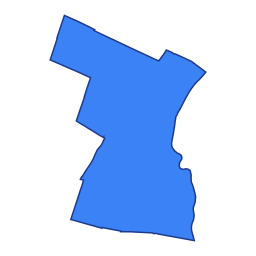 Gropeni, Braila, Romania
{"feature_id": "2599482B39333936770759", "entity_name": "Gropeni", "entity_type": "district", "adm_level": 2, "iso_a3": "ROU", "parent_name": "Romania", "parent_adm1": "Braila", "projection": "equal_earth", "projection_center": [27.896, 45.061], "detail": "fine", "context": "isolated", "style": "filled", "palette": "blue", "viewbox_px": 256, "rotation_deg": 0, "n_neighbors": 0, "source": "geoboundaries", "source_scale": "gbopen_adm2", "svg_char_len": 5402}
<svg xmlns="http://www.w3.org/2000/svg" viewBox="0 0 256 256"><path d="M70.8,219.5L71.0,219.6L72.5,220.0L75.6,220.8L75.8,220.9L78.8,221.7L81.9,222.6L82.0,222.6L85.0,223.5L86.4,223.9L86.5,223.9L101.9,228.2L102.0,227.5L120.9,231.1L120.7,231.7L121.9,231.7L131.6,231.8L131.6,231.7L132.2,231.8L132.7,231.9L132.8,231.9L148.2,232.7L152.1,232.9L152.3,232.9L152.5,233.0L153.4,233.5L153.5,233.6L154.9,233.5L155.0,233.5L156.7,233.5L157.7,233.9L194.3,240.6L194.0,239.7L193.8,238.7L193.6,237.9L193.4,237.4L193.3,237.1L193.3,236.8L193.2,236.6L193.2,236.4L193.1,236.0L193.0,235.6L192.9,235.3L192.7,234.8L192.6,234.4L192.4,233.8L192.3,233.1L192.1,232.6L192.0,232.4L192.0,232.1L191.8,231.3L191.7,231.0L191.7,230.7L191.6,230.3L191.6,229.9L191.5,229.5L191.5,229.3L191.5,229.1L191.4,228.6L191.4,228.4L191.4,228.2L191.4,227.9L191.4,227.6L191.5,227.2L191.4,227.1L191.4,226.9L191.4,226.6L191.5,226.3L191.6,225.9L191.6,225.4L191.7,224.9L191.9,224.2L192.0,223.7L192.1,223.3L192.2,223.0L192.3,222.6L192.6,222.0L192.7,221.8L192.8,221.7L193.1,220.8L193.3,220.3L193.5,219.7L193.5,219.4L193.7,219.0L193.7,218.4L193.7,218.1L193.8,217.9L193.8,217.7L193.9,217.1L194.0,217.0L194.0,216.7L194.0,216.2L194.1,215.7L194.1,214.9L194.1,214.5L193.9,214.0L193.8,213.8L193.8,213.6L193.8,213.4L193.8,213.1L193.8,212.7L193.8,212.4L193.7,212.2L193.6,211.9L193.5,211.4L193.4,210.9L193.3,210.1L193.2,209.5L193.2,209.0L193.2,208.7L193.3,208.5L193.3,208.3L193.3,208.1L193.3,207.6L193.4,207.3L193.4,207.0L193.6,206.8L193.7,206.5L193.8,206.2L193.8,205.9L194.0,205.6L194.0,205.4L194.2,205.1L194.3,204.6L194.4,204.4L194.4,204.2L194.5,204.0L194.5,203.8L194.7,203.4L194.8,203.2L194.9,202.9L195.0,202.7L195.0,202.4L195.1,202.1L195.2,201.6L195.2,201.4L195.3,201.3L195.3,201.1L195.3,200.7L195.3,200.1L195.3,199.7L195.4,199.1L195.5,198.7L195.5,198.4L195.5,198.0L195.6,197.3L195.6,196.8L195.6,196.6L195.6,196.2L195.4,195.6L195.2,195.0L195.1,194.4L194.9,193.4L194.8,192.6L194.6,192.0L194.3,191.1L194.2,190.7L194.0,189.6L193.7,188.9L193.5,188.0L193.3,187.4L193.0,186.5L192.8,185.9L192.6,185.2L192.5,184.9L192.4,184.5L192.2,184.1L191.9,183.4L191.7,183.0L191.5,182.6L191.4,182.2L191.3,181.7L191.2,180.9L191.2,180.0L191.1,179.3L191.1,178.6L191.1,177.6L191.1,176.8L191.1,175.7L191.1,175.0L191.1,174.4L190.9,173.7L190.7,173.0L190.5,172.3L190.4,171.7L190.3,171.1L190.1,170.7L189.9,170.3L189.7,170.2L189.2,169.9L188.7,169.7L188.4,169.4L187.5,169.0L186.1,168.8L184.8,169.0L183.7,169.3L182.4,169.2L180.8,168.7L180.3,168.2L179.9,167.7L179.6,167.2L179.4,166.7L179.3,166.1L179.3,165.5L179.3,164.8L179.3,164.3L179.4,164.0L179.6,163.4L179.7,162.6L179.9,162.0L180.1,161.5L180.5,161.0L180.9,160.4L181.2,159.9L181.5,159.6L181.7,158.9L181.8,158.2L181.8,157.9L181.8,157.6L181.7,157.0L181.6,156.3L181.4,155.8L181.3,155.7L181.2,155.6L181.1,155.4L180.8,155.1L180.7,154.9L180.4,154.7L180.0,154.4L179.6,154.2L179.3,153.9L178.8,153.8L178.3,153.5L177.7,153.2L177.3,153.0L176.7,152.6L176.4,152.4L176.1,152.1L175.7,151.7L175.3,151.4L174.7,150.8L174.3,150.3L173.8,149.7L173.4,149.2L173.1,148.7L172.5,147.9L172.3,147.5L172.1,147.0L172.0,146.7L171.9,146.4L171.8,145.8L171.7,145.5L171.7,145.2L171.6,144.6L171.6,144.4L171.6,144.1L171.6,143.6L171.6,143.0L171.7,142.5L171.8,142.0L172.0,140.6L172.3,139.2L172.7,136.6L173.4,133.3L173.8,130.4L174.1,128.7L174.4,127.4L174.5,126.3L174.9,123.5L175.1,121.6L175.2,121.0L175.3,120.5L175.3,120.2L175.6,118.8L175.7,117.4L176.1,116.4L176.5,115.6L177.0,114.9L177.1,114.5L177.5,113.5L177.7,112.8L178.0,112.5L179.0,110.8L179.5,110.0L179.7,109.6L180.5,108.3L180.6,108.0L181.4,106.5L182.3,104.8L182.7,103.9L183.3,102.8L183.5,102.4L184.5,100.4L185.9,97.7L186.6,96.5L186.9,96.0L188.3,93.5L190.1,90.5L192.5,87.1L195.3,83.5L196.9,81.8L198.6,80.2L199.1,79.8L200.1,78.7L201.2,77.5L202.4,76.2L203.6,74.8L204.6,73.6L205.8,72.1L191.3,61.3L189.1,60.3L187.0,59.3L181.8,56.9L177.6,55.0L174.9,53.8L174.3,53.9L173.7,53.8L173.3,53.4L172.7,52.8L169.6,51.4L168.1,50.7L166.3,50.0L165.9,50.8L164.5,53.1L163.3,54.8L162.4,56.0L161.4,57.2L161.5,57.3L160.9,58.0L160.5,58.6L159.6,59.7L158.9,60.6L158.7,60.9L158.2,60.7L157.7,60.5L155.7,59.5L154.8,59.2L153.9,58.8L152.6,58.2L151.4,57.6L150.2,57.0L148.0,56.0L142.8,53.6L141.1,52.8L136.3,50.6L128.9,47.1L120.5,43.1L120.2,43.0L118.6,42.2L115.4,40.7L113.6,39.8L112.1,39.2L108.3,37.4L106.2,36.4L104.2,35.4L101.0,34.0L100.4,33.6L98.4,32.7L96.9,32.0L95.5,31.3L94.8,30.9L94.0,30.5L94.6,29.6L94.3,29.5L90.8,27.7L90.7,27.6L87.0,25.8L80.0,22.4L76.1,20.6L72.9,19.2L67.7,16.8L64.4,15.4L64.1,16.4L63.1,19.3L59.0,31.7L57.9,34.9L57.6,35.8L57.4,36.6L57.0,37.9L57.3,38.0L55.6,43.5L54.7,46.1L54.2,47.7L50.2,59.9L64.2,66.0L67.8,67.6L73.0,69.8L80.3,73.0L90.5,77.7L90.5,77.8L86.6,89.4L84.4,96.5L84.6,96.5L83.2,100.8L81.7,105.1L81.7,105.4L81.5,105.6L79.4,111.7L77.9,116.3L77.9,116.5L76.9,119.2L76.3,120.8L76.3,121.0L78.8,122.5L81.2,124.0L82.6,124.9L83.2,125.1L89.8,129.3L91.4,130.2L95.8,132.9L98.1,134.4L103.2,137.4L103.6,136.9L103.6,137.0L104.0,137.4L104.2,137.7L104.6,138.4L101.8,144.2L101.6,144.6L99.3,147.5L98.7,148.1L97.4,149.7L96.0,152.6L95.9,152.7L95.5,153.6L95.0,154.8L94.7,155.5L94.6,155.8L93.6,158.0L93.3,158.7L93.2,159.0L92.8,159.7L92.5,160.2L91.8,161.4L91.0,162.9L90.4,163.8L90.4,164.0L89.5,165.2L88.1,167.3L86.7,169.3L86.0,170.4L83.6,174.3L82.4,176.2L82.4,176.3L81.8,176.5L81.1,177.8L80.4,179.4L81.4,179.6L82.8,180.0L83.5,180.1L82.5,183.8L82.2,184.9L80.5,189.8L78.9,194.7L72.6,214.0L70.8,219.5Z" fill="#3b82f6" stroke="#1e3a8a" stroke-width="1.5"/></svg>